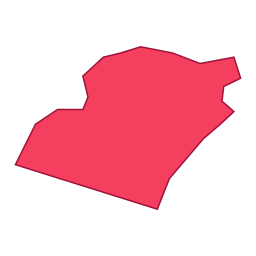 Qrendi, Mercator projection
{"feature_id": "MLT-5972", "entity_name": "Qrendi", "entity_type": "state/province", "adm_level": 1, "iso_a3": "MLT", "parent_name": "Malta", "parent_adm1": "", "projection": "mercator", "projection_center": [14.452, 35.828], "detail": "fine", "context": "isolated", "style": "filled", "palette": "rose", "viewbox_px": 256, "rotation_deg": 0, "n_neighbors": 0, "source": "natural_earth", "source_scale": "10m", "svg_char_len": 368}
<svg xmlns="http://www.w3.org/2000/svg" viewBox="0 0 256 256"><path d="M157.3,209.2L15.4,164.7L35.5,124.2L57.5,109.5L82.9,109.5L88.0,97.0L82.9,76.1L103.3,57.2L120.2,53.1L140.6,46.8L172.8,53.1L199.9,63.5L233.9,57.2L240.6,78.2L223.7,86.5L222.0,101.2L233.9,111.6L220.3,124.2L203.3,138.8L169.4,178.6L157.3,209.2Z" fill="#f43f5e" stroke="#9f1239" stroke-width="1.5"/></svg>